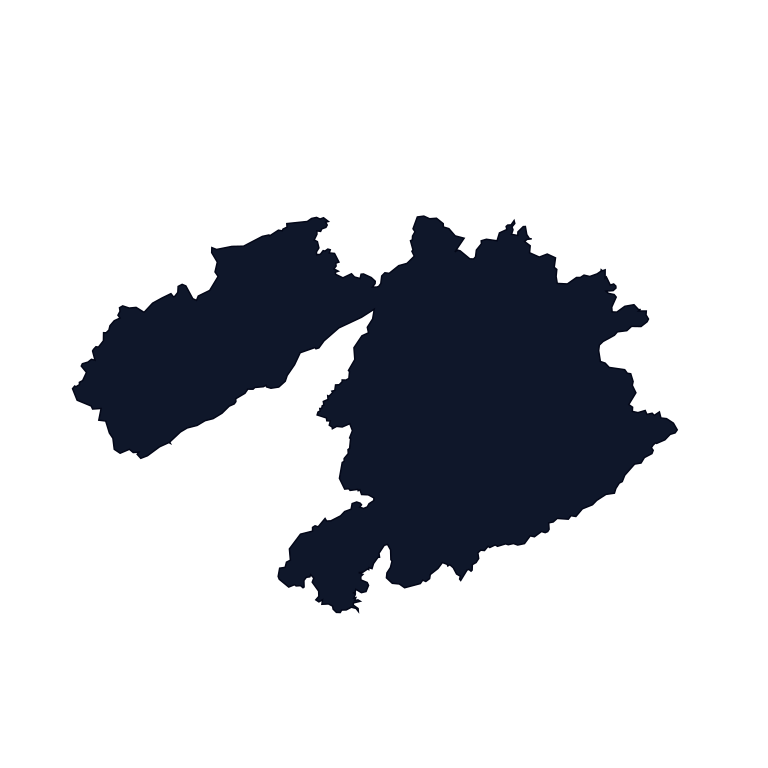 Mezquitic, Jalisco, Mexico, rotated 226°
{"feature_id": "50627088B21610676051611", "entity_name": "Mezquitic", "entity_type": "district", "adm_level": 2, "iso_a3": "MEX", "parent_name": "Mexico", "parent_adm1": "Jalisco", "projection": "natural_earth1", "projection_center": [-104.018, 22.231], "detail": "fine", "context": "isolated", "style": "filled", "palette": "ink", "viewbox_px": 768, "rotation_deg": 226, "n_neighbors": 0, "source": "geoboundaries", "source_scale": "gbopen_adm2", "svg_char_len": 6159}
<svg xmlns="http://www.w3.org/2000/svg" viewBox="0 0 768 768"><g transform="rotate(226 384 384)"><path d="M458.2,538.0L466.8,536.9L471.2,531.6L477.1,529.3L481.0,524.0L475.5,512.7L472.0,512.1L470.6,507.3L468.0,504.5L468.7,502.6L460.3,498.0L460.1,496.3L454.9,494.6L454.8,484.3L458.9,476.8L460.0,464.6L463.4,461.9L463.3,457.4L458.5,451.5L457.9,447.9L458.9,445.9L461.8,443.0L462.4,447.3L464.0,449.1L469.4,448.8L477.4,445.7L478.9,443.8L476.5,440.1L481.5,437.1L485.9,437.2L488.9,428.2L496.5,425.4L498.2,426.6L496.9,429.5L501.6,427.9L502.1,431.5L504.4,433.2L503.0,436.3L512.3,439.1L516.3,435.7L517.9,438.6L520.1,437.3L520.6,433.9L522.2,432.9L521.5,428.3L523.7,425.4L525.9,427.1L527.1,431.7L532.7,435.0L536.1,433.8L538.3,439.8L540.8,442.1L537.8,444.4L538.8,447.0L537.0,451.0L537.8,453.6L541.0,454.4L539.5,456.9L545.6,456.0L547.1,452.6L550.7,451.2L553.4,446.9L554.2,441.7L566.9,425.5L564.2,423.2L565.6,419.0L564.9,417.2L568.0,414.9L570.0,404.5L571.1,404.8L574.7,399.0L580.7,378.7L588.6,370.2L597.1,357.0L601.7,354.9L598.2,351.3L587.5,348.8L582.0,340.3L576.6,339.4L572.4,323.6L576.3,311.5L574.4,307.2L578.2,305.7L592.2,309.6L595.9,308.0L597.2,303.7L593.1,299.3L592.4,294.3L592.9,293.1L597.0,293.5L600.1,284.0L602.9,273.7L602.2,261.2L611.3,258.9L615.6,253.5L621.7,250.3L622.6,246.7L619.7,244.7L618.3,240.4L614.8,240.0L616.9,233.9L616.3,227.4L613.9,223.6L613.9,219.7L615.7,217.9L610.0,212.2L608.9,204.2L610.9,202.7L610.7,199.0L610.2,197.3L601.8,192.6L605.0,190.7L605.4,186.3L608.1,181.1L607.2,178.7L599.0,178.0L595.8,169.6L596.8,166.0L595.1,164.5L596.0,160.5L597.4,160.1L597.0,156.7L585.5,152.0L571.5,158.1L568.4,157.0L562.9,163.5L556.1,153.7L550.7,158.1L539.5,152.4L533.3,151.3L524.4,144.6L517.5,146.1L513.9,155.5L508.9,156.0L505.3,160.3L504.9,157.6L499.5,157.4L496.7,164.0L494.7,179.0L491.3,188.6L489.8,189.1L491.1,189.5L490.9,204.2L489.1,211.9L484.0,220.8L481.9,229.8L477.8,237.0L475.5,247.2L475.6,257.3L473.7,262.4L474.2,265.2L476.4,267.1L473.9,277.5L474.9,282.5L471.2,286.2L471.2,288.7L465.8,295.4L465.1,298.2L463.5,297.5L459.5,299.7L454.9,306.2L454.6,314.9L457.4,320.3L460.0,333.1L464.7,345.4L458.2,359.6L456.6,359.5L455.2,362.2L456.7,370.8L455.7,390.5L447.6,414.2L444.6,429.0L438.7,421.0L436.4,411.4L431.6,408.4L434.0,401.6L431.0,387.6L421.9,380.0L418.4,367.8L416.9,367.8L412.4,362.6L413.3,359.3L416.0,356.7L414.7,355.5L414.6,351.3L417.0,348.5L413.5,344.1L415.1,341.5L413.5,341.1L413.4,336.0L414.7,335.4L411.8,333.0L413.6,328.2L410.6,326.1L411.3,324.5L409.7,322.2L411.0,320.8L409.0,319.4L409.7,317.1L408.2,314.4L399.6,319.0L397.3,317.3L394.7,319.7L392.4,316.0L389.1,316.8L387.7,315.8L386.4,320.5L382.1,324.1L379.2,331.8L372.4,328.9L369.1,321.8L367.9,322.0L361.6,314.6L361.8,312.5L358.8,310.0L358.1,303.6L356.0,301.5L356.6,299.5L347.1,286.4L335.7,282.7L333.2,285.9L331.0,285.7L326.4,291.9L325.2,291.3L324.7,293.2L320.1,291.1L315.2,295.7L309.1,297.6L307.2,295.7L308.3,290.1L307.2,286.6L308.7,282.8L312.4,281.0L312.7,283.9L314.8,284.1L318.1,282.4L320.1,278.0L316.8,273.4L319.6,267.1L319.3,261.2L322.5,250.7L325.3,247.5L328.2,248.2L327.0,237.4L329.9,235.9L330.5,233.0L327.8,230.4L334.0,219.6L331.1,201.4L322.3,194.3L323.6,190.1L320.8,185.5L324.0,181.0L319.1,174.2L316.3,173.0L304.1,174.4L301.8,180.2L299.8,180.5L296.9,183.9L293.7,184.2L293.5,185.5L298.3,189.9L298.9,193.9L296.8,196.7L297.8,198.8L293.2,198.7L291.3,194.7L280.4,193.1L276.5,189.6L276.1,185.0L272.5,185.8L271.5,189.9L268.7,186.3L264.3,191.3L259.9,192.7L257.4,191.0L252.8,191.1L250.0,193.8L250.8,196.5L247.7,199.9L246.1,205.5L241.9,208.0L238.3,207.6L240.5,209.4L246.4,208.3L247.7,210.0L244.2,216.0L246.8,215.3L248.7,212.4L249.9,215.3L251.0,213.5L252.5,217.1L253.9,217.3L253.0,218.6L255.4,216.4L254.3,218.6L255.9,221.1L249.6,222.8L247.2,226.9L249.9,233.0L252.9,234.0L259.1,231.3L261.7,233.6L261.7,236.6L266.1,234.7L263.3,238.0L262.3,243.8L261.1,244.1L262.4,245.6L259.5,247.1L262.1,251.7L263.5,259.2L262.5,260.5L265.7,262.8L267.8,272.1L266.2,275.1L260.1,273.5L252.8,266.9L251.1,266.8L247.5,261.1L246.1,254.9L242.9,251.1L234.9,251.5L229.5,256.1L223.1,257.3L215.2,271.5L216.0,275.6L212.9,276.9L212.3,281.6L214.8,284.9L213.8,294.6L215.0,302.0L210.3,304.2L208.8,303.5L208.3,305.8L203.8,306.2L196.9,304.2L192.7,305.4L191.2,302.9L189.4,302.7L192.5,314.6L191.6,316.3L188.9,316.6L188.9,318.1L192.7,322.1L191.6,326.2L192.7,330.9L197.3,334.2L197.3,338.1L194.4,340.6L195.0,346.1L192.9,346.5L191.0,352.2L188.4,352.9L184.5,360.5L182.1,361.7L179.3,366.3L175.3,368.3L171.6,374.2L173.2,383.7L169.6,386.1L168.5,394.8L165.1,396.7L164.1,399.2L164.8,401.8L169.7,406.0L167.2,409.9L167.0,415.2L158.7,422.7L159.4,427.0L155.4,430.0L156.4,440.0L152.3,450.1L152.5,456.2L150.4,467.0L145.4,473.9L147.8,478.2L149.3,484.4L148.3,487.6L151.1,493.8L152.3,508.6L148.6,514.0L150.2,520.2L147.8,528.4L149.3,531.6L152.4,532.0L153.1,535.0L153.1,538.3L151.9,538.8L148.7,547.3L149.0,554.8L146.6,559.5L147.3,563.1L154.8,565.0L162.8,563.2L167.2,559.6L172.6,562.7L173.7,556.6L176.7,556.6L179.5,552.0L183.5,553.5L187.0,546.8L191.8,543.6L194.6,546.7L199.2,545.8L202.7,559.1L210.6,561.7L212.7,564.9L220.0,568.6L222.7,566.5L227.1,567.1L239.5,557.5L245.4,557.6L249.9,555.3L258.9,561.6L262.4,565.9L262.4,571.1L259.0,583.6L259.4,588.1L253.7,595.7L253.5,602.1L246.8,608.8L246.0,616.5L247.0,619.4L251.7,620.5L254.3,623.4L259.7,617.8L259.6,620.5L260.2,618.8L267.4,618.9L272.6,611.2L274.0,601.4L277.4,598.2L281.1,601.2L285.2,611.4L288.5,611.7L293.3,608.4L296.6,608.2L292.0,613.7L291.9,617.5L293.4,618.8L296.4,618.7L298.0,615.5L306.6,618.3L306.6,616.6L312.5,622.4L313.7,619.8L315.3,619.6L314.4,618.5L315.2,613.8L318.4,606.7L323.4,603.5L324.2,599.3L326.9,596.5L328.6,585.4L336.0,578.5L341.8,582.5L346.4,587.9L349.7,587.5L355.6,595.0L364.1,591.7L367.4,583.9L377.3,579.9L381.9,585.2L388.8,584.1L388.7,587.3L385.8,591.1L387.6,589.6L392.3,590.5L399.1,595.1L400.5,593.5L400.4,586.0L397.9,583.4L403.1,579.7L405.3,583.9L408.1,585.2L408.6,589.6L411.2,591.1L410.2,585.9L412.4,583.4L412.5,581.3L409.8,579.7L412.5,572.0L408.5,564.8L417.0,558.2L419.5,553.4L417.2,551.5L416.2,543.5L411.9,538.2L411.7,535.3L414.4,532.7L426.9,531.3L429.0,530.1L429.8,526.7L433.2,542.9L441.1,538.1L450.7,538.6L455.7,535.8L458.2,538.0Z" fill="#0f172a" stroke="#020617" stroke-width="1.5"/></g></svg>